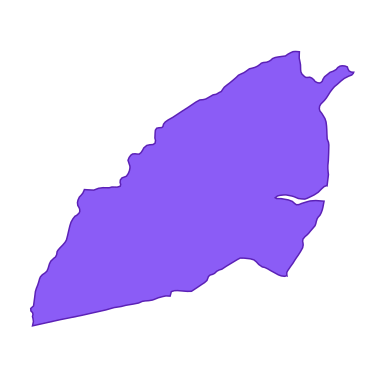 Komo, Estuaire, Gabon (Albers equal-area conic projection), rotated 187°
{"feature_id": "22940354B49823101443356", "entity_name": "Komo", "entity_type": "district", "adm_level": 2, "iso_a3": "GAB", "parent_name": "Gabon", "parent_adm1": "Estuaire", "projection": "albers", "projection_center": [10.284, 0.218], "detail": "fine", "context": "isolated", "style": "filled", "palette": "violet", "viewbox_px": 384, "rotation_deg": 187, "n_neighbors": 0, "source": "geoboundaries", "source_scale": "gbopen_adm2", "svg_char_len": 3888}
<svg xmlns="http://www.w3.org/2000/svg" viewBox="0 0 384 384"><g transform="rotate(187 192 192)"><path d="M299.1,181.3L299.1,181.1L300.2,177.6L301.7,175.2L303.2,173.2L304.2,170.0L304.4,167.5L303.7,164.7L302.1,162.6L301.4,161.2L301.0,159.0L301.5,157.3L303.7,154.7L305.2,153.7L306.9,150.9L308.4,147.3L309.1,143.5L309.6,139.2L310.2,133.4L310.8,129.0L311.9,126.5L313.9,123.5L316.0,120.8L317.7,118.3L318.6,116.5L318.7,113.3L319.6,110.8L320.9,109.6L323.7,106.2L324.7,103.4L325.1,101.1L325.5,98.6L326.4,95.7L328.3,93.5L330.5,91.6L332.1,89.3L332.7,87.3L333.2,83.9L333.8,80.8L334.7,77.5L335.3,74.2L335.3,69.1L335.4,59.6L336.8,58.0L337.9,56.7L337.4,54.3L335.5,52.8L334.9,51.0L335.2,48.9L334.5,47.3L333.6,44.1L334.0,39.7L327.0,42.2L307.3,49.2L286.5,56.1L277.6,59.3L263.3,64.4L255.2,67.8L248.4,69.7L243.8,71.5L236.7,73.6L231.5,75.3L228.0,77.4L225.2,78.2L221.6,78.9L218.2,79.9L216.2,80.9L212.6,82.9L208.4,84.6L205.2,85.7L201.0,86.0L200.4,90.6L197.5,91.9L194.4,92.4L184.5,92.8L180.4,93.4L177.7,95.7L175.0,98.0L171.0,101.5L168.6,103.5L166.4,106.0L165.9,107.9L165.4,110.1L163.9,111.8L161.5,112.8L159.7,114.0L157.7,116.4L155.4,118.0L153.0,119.0L148.8,122.6L138.6,130.6L136.1,132.3L132.3,132.7L126.0,132.8L122.3,132.2L119.6,130.5L116.9,128.2L113.1,126.2L110.7,126.0L107.6,125.0L104.2,123.5L101.4,122.4L96.2,120.3L93.1,119.6L89.7,119.6L87.8,120.5L87.5,120.4L87.9,121.9L88.1,123.6L87.6,125.2L85.1,130.1L83.1,133.7L81.7,136.8L80.3,139.6L78.8,142.4L77.0,146.2L75.4,150.1L75.2,152.9L75.6,154.8L76.2,156.6L76.1,158.8L74.4,161.5L72.7,163.3L71.2,165.2L69.8,167.5L67.3,171.2L65.8,173.5L65.3,175.5L65.0,178.2L64.5,180.8L63.6,182.6L62.2,184.5L61.2,187.2L60.5,190.3L60.2,192.8L59.8,199.0L68.2,198.6L73.7,197.5L76.0,196.6L79.6,195.0L81.8,194.0L84.4,192.5L86.9,192.1L88.7,193.1L91.3,194.9L95.5,195.9L102.7,196.3L107.3,195.8L108.7,196.4L106.7,198.5L104.2,199.4L100.9,200.2L98.4,200.6L95.8,200.4L92.6,200.2L90.2,199.8L85.6,198.5L82.4,198.5L79.1,198.7L76.9,199.8L73.6,201.9L70.4,204.0L66.7,207.1L63.7,211.0L61.5,213.5L59.3,214.7L58.7,214.6L58.7,222.8L58.7,225.9L59.3,228.2L60.0,231.6L60.4,234.9L60.5,239.7L61.1,247.2L61.9,255.4L62.6,258.0L64.3,261.1L65.2,266.3L65.8,270.1L66.5,273.9L67.5,277.9L69.0,281.1L70.7,283.3L72.7,285.8L75.0,288.1L75.8,290.2L75.8,292.8L74.8,295.1L73.3,297.0L71.7,299.1L70.1,301.7L68.6,304.8L67.0,308.2L65.0,311.6L63.4,314.0L61.0,316.5L57.6,320.4L54.7,323.3L50.7,326.0L47.7,327.6L46.4,329.4L46.1,330.6L48.2,330.4L50.7,331.2L52.0,332.8L53.1,335.1L55.6,335.7L58.3,335.6L60.4,335.0L62.5,333.3L63.8,331.2L66.6,329.1L69.6,327.6L71.3,325.8L74.5,322.5L75.8,319.7L76.2,317.8L77.4,316.4L78.8,315.7L80.9,315.8L82.8,316.5L83.8,317.1L84.7,318.2L87.0,319.7L89.1,320.3L91.1,319.8L93.1,319.6L94.7,320.5L97.3,322.5L98.6,324.6L99.1,326.7L99.8,331.4L100.5,333.7L101.9,337.9L102.3,341.7L102.5,344.3L106.5,344.1L108.9,343.6L111.2,342.2L113.7,340.4L115.8,338.4L119.4,337.5L123.1,336.5L125.9,335.6L128.4,334.2L129.5,332.8L131.3,331.2L133.8,329.9L137.0,329.2L138.9,328.3L140.1,326.9L142.3,324.9L144.7,323.4L147.5,322.2L150.0,321.3L153.0,318.5L155.1,316.7L157.3,315.4L160.1,313.6L162.0,311.2L164.6,308.3L168.2,304.5L170.1,302.7L172.7,300.0L174.0,297.7L175.2,295.3L177.1,294.1L179.8,292.0L182.9,291.0L187.3,287.7L189.8,285.9L192.3,285.0L195.5,284.3L198.9,281.9L206.7,275.1L211.1,271.5L214.5,268.6L220.1,263.8L224.5,260.6L227.1,258.2L228.5,255.9L228.9,253.3L229.8,252.3L232.8,251.7L234.8,251.0L235.9,248.9L235.8,246.2L235.4,241.1L234.5,238.7L234.6,236.0L236.4,234.4L239.8,233.7L242.6,232.7L245.2,229.9L246.1,227.5L247.4,224.9L249.0,223.2L250.7,223.0L253.2,223.0L255.6,222.5L257.2,221.1L258.6,218.6L259.4,215.7L257.9,212.5L256.8,210.2L256.5,208.3L256.7,205.5L257.5,202.6L259.0,199.7L260.8,198.7L263.2,197.5L264.6,195.2L264.5,192.6L263.7,190.9L263.9,189.0L266.9,187.7L272.1,187.2L274.7,186.1L281.0,185.4L285.2,184.3L287.3,183.2L289.7,181.9L295.5,181.5L299.1,181.3Z" fill="#8b5cf6" stroke="#5b21b6" stroke-width="1.5"/></g></svg>